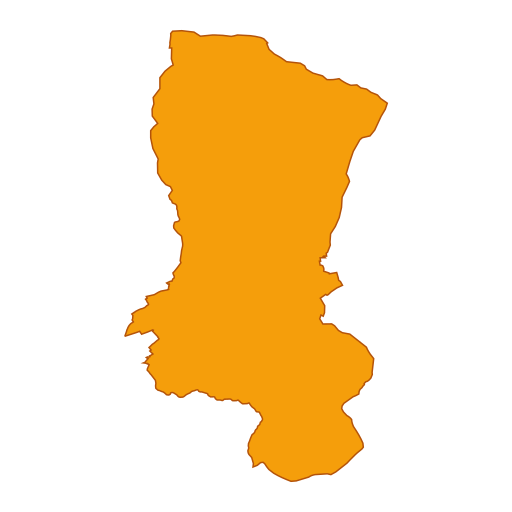 the district of Otelu Rosu, Caras-Severin, Romania
{"feature_id": "2599482B58163307864274", "entity_name": "Otelu Rosu", "entity_type": "district", "adm_level": 2, "iso_a3": "ROU", "parent_name": "Romania", "parent_adm1": "Caras-Severin", "projection": "robinson", "projection_center": [22.358, 45.525], "detail": "fine", "context": "isolated", "style": "filled", "palette": "amber", "viewbox_px": 512, "rotation_deg": 0, "n_neighbors": 0, "source": "geoboundaries", "source_scale": "gbopen_adm2", "svg_char_len": 6061}
<svg xmlns="http://www.w3.org/2000/svg" viewBox="0 0 512 512"><path d="M385.3,109.2L387.3,103.2L380.7,98.6L377.5,95.0L370.9,92.3L366.6,89.1L360.8,87.9L356.9,84.9L350.9,85.3L348.8,84.5L346.2,83.3L343.7,81.9L341.3,80.4L339.1,78.7L336.1,79.2L333.0,79.6L329.9,79.7L326.9,79.6L322.6,75.9L312.9,73.1L306.3,69.2L304.6,65.8L300.3,63.2L286.5,61.7L283.6,59.6L280.7,57.6L277.6,55.8L274.4,54.1L269.1,49.4L266.7,43.5L267.7,42.9L263.8,38.8L260.9,37.6L255.3,36.4L250.3,35.7L237.4,35.0L234.4,35.8L231.3,36.4L227.2,35.9L222.9,35.4L218.7,35.2L214.5,35.0L212.6,35.0L200.4,36.2L194.0,32.1L181.8,30.7L172.6,31.2L170.7,33.5L170.8,35.5L170.4,39.5L169.9,42.5L170.0,44.4L169.4,48.0L171.7,48.0L171.4,58.8L173.2,65.0L170.8,66.4L165.0,71.2L159.9,77.7L159.9,88.7L153.2,97.5L153.9,103.9L152.1,109.1L152.3,116.1L157.7,123.4L153.9,126.7L150.7,130.6L150.7,137.9L152.9,148.5L158.2,159.0L157.5,162.9L157.7,173.0L161.7,180.1L165.8,184.6L170.4,186.6L172.3,190.4L168.7,195.6L169.5,197.9L170.0,199.3L171.0,200.0L171.6,200.7L172.4,202.9L175.4,204.1L176.0,204.6L176.6,205.5L176.9,206.9L176.8,208.4L176.9,209.1L177.5,210.4L177.7,211.9L177.9,214.7L178.3,216.1L179.0,217.4L179.5,218.6L179.7,219.5L178.8,221.1L177.0,221.7L175.8,221.9L174.9,222.2L174.5,222.5L173.6,225.8L173.8,228.0L175.4,230.2L177.7,232.9L179.5,234.4L181.1,235.7L181.6,236.5L181.9,238.7L182.6,243.1L182.7,244.7L182.6,246.2L181.6,250.5L181.2,253.9L180.7,256.8L180.2,260.7L180.9,262.6L180.9,262.8L177.7,267.2L174.3,271.5L173.0,272.8L173.1,273.7L173.7,275.2L174.2,276.0L174.2,277.6L174.1,278.0L172.7,279.1L172.1,281.0L171.8,281.2L171.6,281.0L170.0,281.4L166.6,283.0L166.8,283.2L167.1,283.4L168.0,284.1L168.4,284.1L168.7,284.5L168.9,284.5L169.2,284.1L169.4,284.4L169.2,284.8L169.0,285.4L169.0,286.3L168.9,286.5L168.7,286.5L168.6,287.6L168.5,288.8L168.1,289.2L168.4,289.5L166.8,290.0L161.0,291.1L158.5,292.2L154.8,294.4L154.2,294.7L152.9,295.0L146.3,296.5L146.9,297.6L147.3,298.1L146.9,298.5L145.5,299.1L145.5,299.3L146.4,300.2L146.8,301.0L147.0,301.8L147.7,302.6L148.0,303.0L148.2,303.9L148.5,304.1L148.5,304.5L148.2,304.8L147.5,305.4L146.8,305.6L145.4,307.0L144.8,307.5L142.6,308.5L140.6,309.0L138.7,309.8L135.6,311.4L135.1,311.7L134.9,312.1L134.1,312.4L133.7,312.7L133.7,313.0L132.7,313.3L131.8,314.0L132.7,315.2L132.9,315.6L132.6,319.0L132.2,319.6L132.2,320.1L132.3,320.4L133.2,321.4L133.4,321.9L130.7,323.7L129.1,325.5L128.0,327.4L127.4,329.0L127.0,329.7L126.4,331.8L124.9,336.1L124.7,336.3L136.2,332.6L139.7,331.3L140.7,333.0L141.2,333.4L141.6,334.2L147.7,332.0L152.7,329.9L153.3,330.2L152.6,331.2L157.9,336.8L157.8,337.1L159.0,338.8L158.7,339.3L158.3,339.7L157.2,340.4L154.1,343.1L152.3,344.3L150.1,346.5L149.0,347.5L151.1,350.0L149.8,351.0L152.9,354.0L150.7,355.4L149.7,355.8L150.0,356.3L149.9,356.7L148.7,357.0L147.6,356.9L146.3,357.5L147.0,358.1L148.1,358.6L145.7,361.3L145.0,362.3L143.5,362.9L145.8,363.2L147.4,363.9L147.5,363.6L148.4,364.2L149.1,364.7L147.3,369.0L147.2,370.2L148.8,371.8L150.2,373.8L151.1,374.7L155.4,380.3L155.9,383.3L155.6,385.4L155.6,386.3L155.7,387.3L155.9,388.4L158.0,390.2L159.7,390.6L161.4,391.4L163.3,392.0L164.8,393.1L165.3,393.6L165.6,393.8L166.4,394.7L168.1,395.0L168.8,395.0L169.5,394.7L170.3,394.1L170.7,392.9L171.3,392.6L172.3,392.5L173.0,392.6L174.0,393.1L176.6,394.7L177.0,395.1L177.8,396.1L178.6,396.8L179.3,397.1L180.6,397.3L181.0,397.2L182.8,397.1L184.0,396.5L186.1,394.8L187.5,394.0L190.0,392.9L191.6,391.5L192.7,391.1L194.7,390.6L195.8,390.1L197.1,389.8L197.6,389.8L198.1,390.2L198.8,391.3L199.6,391.7L200.4,391.9L201.8,391.9L207.0,393.5L207.7,393.9L207.8,394.6L208.1,395.1L208.8,395.8L210.7,396.9L213.6,396.8L214.0,396.8L214.7,397.1L215.2,398.3L215.5,398.8L216.5,399.5L216.9,399.9L217.4,400.0L220.3,400.0L221.5,400.4L222.6,400.5L223.2,400.1L224.3,399.2L227.7,399.1L229.3,399.0L230.5,399.1L231.3,399.5L232.3,400.5L232.8,400.7L235.1,400.7L236.7,400.6L237.8,400.1L238.5,400.3L239.0,400.9L240.8,402.5L242.4,403.7L243.0,403.8L247.3,403.6L247.8,403.4L248.6,403.0L248.9,403.0L249.3,403.1L249.8,404.0L250.9,405.6L252.1,407.0L254.4,408.7L255.1,409.6L256.0,411.2L256.5,411.7L257.0,411.8L258.7,412.0L259.4,412.3L260.8,415.2L261.6,416.4L262.4,418.4L262.5,419.3L262.3,420.1L261.8,420.8L261.4,421.6L260.4,422.2L259.7,424.6L257.7,426.2L257.5,426.8L257.4,427.5L257.2,428.2L256.8,428.8L255.8,429.7L255.2,430.5L254.9,431.7L254.4,432.6L253.4,433.7L252.5,434.3L252.0,434.8L250.6,438.1L249.5,441.2L248.5,443.5L248.3,445.9L248.7,447.7L248.6,448.6L248.2,449.7L247.9,450.7L248.0,451.9L248.3,453.2L249.0,454.5L251.7,457.5L253.4,463.5L253.0,467.0L257.3,465.3L260.6,462.6L263.1,462.3L264.8,463.8L266.7,466.7L268.9,469.5L273.7,473.2L277.8,475.5L282.1,477.6L286.5,479.5L291.0,481.3L296.2,480.9L308.7,477.1L310.2,476.2L311.7,475.5L313.3,475.0L315.0,474.6L327.3,473.8L330.9,474.6L335.8,471.9L347.0,463.1L350.0,459.9L355.2,454.7L357.4,452.7L362.0,448.9L363.3,447.2L362.9,443.2L361.0,439.1L358.8,435.0L356.5,431.2L353.5,426.6L352.8,424.9L352.2,423.1L351.8,421.3L351.6,419.5L350.6,418.3L349.5,417.3L348.3,416.4L346.9,415.6L343.5,412.0L341.7,408.7L342.1,406.0L343.9,403.3L353.0,396.8L355.8,395.6L358.8,394.0L359.1,391.5L360.0,389.4L361.9,387.7L363.1,385.9L363.9,385.2L364.4,384.5L364.1,383.6L365.7,381.8L367.3,381.3L368.8,380.3L370.8,378.2L372.3,374.5L372.1,372.4L373.7,358.6L370.1,354.0L368.7,351.8L367.4,349.5L366.4,347.2L349.8,334.1L342.3,332.7L338.4,330.4L334.6,325.8L331.7,323.9L322.9,324.0L319.7,318.8L321.0,315.0L323.2,316.2L324.5,312.7L324.7,305.7L320.3,298.2L325.7,294.4L327.0,295.2L328.1,294.7L331.3,291.7L336.9,287.9L342.5,285.3L340.4,281.5L338.7,280.3L338.2,277.7L336.7,272.5L329.3,273.8L329.1,273.0L323.7,271.2L323.7,270.4L323.9,269.1L323.6,267.7L322.8,265.9L321.4,265.2L320.1,265.1L319.4,261.2L320.6,261.2L320.1,257.8L325.1,257.7L323.9,256.6L323.3,256.4L323.6,256.1L326.6,256.1L326.2,253.2L327.5,252.3L330.3,245.1L330.0,242.1L330.6,233.8L335.3,226.5L339.2,217.6L341.5,207.5L342.1,197.2L346.9,187.4L349.5,181.4L348.9,179.4L348.2,177.5L347.3,175.7L346.2,173.9L349.9,161.3L353.3,151.3L359.9,139.7L362.3,137.7L370.0,135.9L374.7,130.1L381.1,116.3L385.3,109.2Z" fill="#f59e0b" stroke="#b45309" stroke-width="1.5"/></svg>